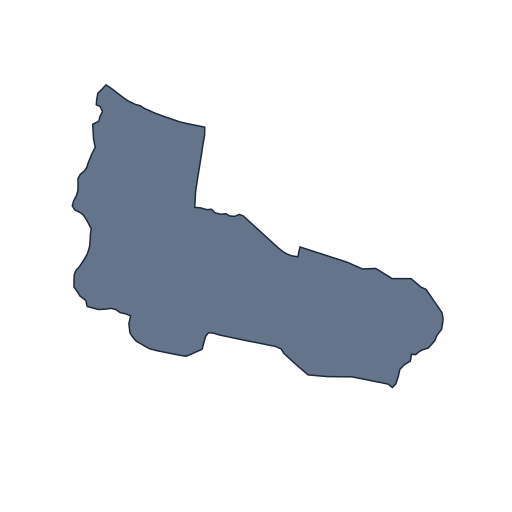 outline of Cruz, Ceará, Brazil, rotated 17°
{"feature_id": "56859067B90634068804727", "entity_name": "Cruz", "entity_type": "district", "adm_level": 2, "iso_a3": "BRA", "parent_name": "Brazil", "parent_adm1": "Ceará", "projection": "natural_earth1", "projection_center": [-40.336, -2.885], "detail": "fine", "context": "isolated", "style": "filled", "palette": "slate", "viewbox_px": 512, "rotation_deg": 17, "n_neighbors": 0, "source": "geoboundaries", "source_scale": "gbopen_adm2", "svg_char_len": 1899}
<svg xmlns="http://www.w3.org/2000/svg" viewBox="0 0 512 512"><g transform="rotate(17 256 256)"><path d="M169.3,147.8L161.7,148.5L150.4,149.6L144.0,150.0L131.5,149.6L125.7,149.4L121.9,149.1L117.8,148.9L106.1,147.5L101.5,146.1L96.1,146.3L87.8,145.0L83.5,143.6L69.4,138.3L62.5,136.2L60.2,141.1L57.1,146.6L58.1,154.0L59.1,158.1L63.2,158.6L67.0,162.8L65.9,168.6L66.4,173.0L61.3,177.8L66.4,191.5L70.5,199.2L69.1,206.6L68.7,211.4L68.3,216.2L68.3,220.5L67.0,224.9L64.1,229.2L63.1,233.9L65.1,240.3L66.6,245.6L66.6,250.8L65.5,256.4L65.6,261.6L69.1,264.9L75.8,266.0L79.4,267.6L82.5,270.3L86.0,273.5L90.4,278.1L91.4,284.1L92.9,290.1L94.1,295.7L94.1,303.3L92.9,308.6L91.5,313.7L90.3,317.7L88.1,322.3L87.6,326.7L89.0,332.5L91.0,338.9L94.5,341.5L99.5,345.8L106.3,348.3L109.3,353.6L120.9,353.3L127.9,350.7L132.7,348.5L137.7,348.2L142.7,349.9L148.2,349.4L153.6,349.9L154.2,357.9L157.9,366.3L160.9,368.9L166.3,372.5L181.1,375.8L189.2,375.5L211.5,373.3L218.6,372.3L231.7,361.0L231.3,347.6L233.0,343.3L238.1,342.2L244.7,342.2L263.3,340.5L270.3,339.9L279.7,338.9L287.5,338.1L296.3,337.3L300.5,336.8L307.2,337.5L311.3,341.1L328.4,349.2L336.3,352.6L340.5,354.5L359.3,350.5L375.5,345.8L382.5,343.6L388.3,343.0L395.6,342.2L406.9,341.2L411.9,340.6L419.7,339.9L424.9,341.8L427.1,337.5L427.3,329.4L426.7,322.5L429.5,316.7L434.3,311.4L433.5,304.4L437.5,303.7L440.1,299.6L442.9,296.9L447.5,293.8L449.9,288.9L451.7,284.8L452.3,278.8L454.9,271.9L454.2,266.0L453.2,261.0L450.4,255.8L428.4,238.2L423.1,237.6L415.9,234.5L410.8,232.3L392.8,237.8L374.1,232.9L361.5,237.3L345.1,235.3L295.5,234.5L295.7,239.0L296.3,244.5L289.9,245.4L285.3,245.0L281.5,244.3L275.9,242.2L232.0,221.4L227.9,221.1L223.9,224.4L218.7,225.5L215.1,224.3L209.9,226.4L204.3,226.7L199.7,224.3L195.6,226.0L188.7,226.2L183.2,227.4L179.4,212.1L177.2,197.0L174.0,173.6L173.0,167.4L171.5,155.3L169.3,147.8Z" fill="#64748b" stroke="#1e293b" stroke-width="1.5"/></g></svg>